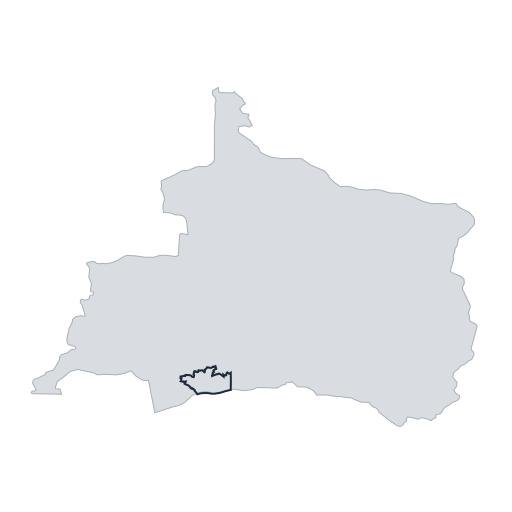 location of Kalemie, Katanga, Democratic Republic of the Congo, rotated 91°
{"feature_id": "63176286B6958016734749", "entity_name": "Kalemie", "entity_type": "district", "adm_level": 2, "iso_a3": "COD", "parent_name": "Democratic Republic of the Congo", "parent_adm1": "Katanga", "projection": "equal_earth", "projection_center": [28.753, -6.07], "detail": "fine", "context": "in_parent", "style": "outline", "palette": "slate", "viewbox_px": 512, "rotation_deg": 91, "n_neighbors": 0, "source": "geoboundaries", "source_scale": "gbopen_adm2", "svg_char_len": 8423}
<svg xmlns="http://www.w3.org/2000/svg" viewBox="0 0 512 512"><g transform="rotate(91 256 256)"><path d="M414.5,354.4L382.0,361.4L382.6,363.8L382.3,366.4L381.5,368.5L378.2,373.9L373.2,378.8L373.2,380.0L375.7,385.6L377.3,393.2L376.9,406.5L377.5,410.1L377.4,412.9L375.8,416.1L372.5,432.1L374.7,439.8L381.1,447.1L384.9,452.4L391.2,454.4L392.2,454.1L392.6,449.6L397.6,447.9L397.6,476.4L397.2,478.0L396.3,478.4L395.1,477.5L394.7,474.7L393.4,473.6L387.2,477.1L385.7,477.0L384.0,476.4L382.7,474.9L382.4,472.8L378.0,464.5L375.9,463.9L373.5,456.4L363.8,450.9L360.1,450.5L358.1,448.8L356.2,442.9L352.9,439.2L352.2,435.0L351.5,434.4L349.6,435.2L347.9,441.9L345.7,443.4L341.7,443.6L331.8,441.7L324.6,438.2L322.8,438.4L319.9,435.4L318.7,430.2L319.3,426.3L318.8,425.7L308.0,429.0L305.4,431.0L302.9,430.5L302.1,429.5L303.2,426.7L302.6,423.8L301.8,422.4L298.6,421.3L297.6,418.2L295.6,417.7L295.0,418.2L294.5,420.3L293.3,421.0L286.8,420.0L280.1,422.8L271.1,422.0L266.8,425.4L266.1,425.3L265.2,423.6L264.3,418.2L264.8,416.7L266.1,415.6L266.5,413.4L266.1,407.8L266.4,406.5L265.9,403.2L264.5,398.1L262.6,393.9L258.5,387.6L257.7,384.6L257.9,377.5L259.2,366.3L259.0,357.9L257.2,352.5L256.8,346.7L257.9,336.2L256.8,333.6L236.2,332.8L235.3,332.0L234.9,330.5L235.8,324.3L223.2,325.9L219.4,327.1L217.1,329.6L216.4,332.8L216.3,337.4L214.5,341.7L214.0,349.1L210.5,349.9L207.0,349.9L200.3,348.4L193.8,350.4L190.6,352.4L188.9,351.5L183.1,352.2L182.3,351.7L175.5,337.1L172.4,332.3L171.8,329.9L172.0,327.7L171.2,324.6L168.0,317.1L167.4,313.7L167.5,308.2L167.1,306.4L164.3,301.7L162.4,300.1L160.4,299.3L126.6,299.9L115.4,299.0L107.3,299.7L103.2,299.3L102.0,298.6L98.3,299.6L96.4,301.5L93.4,302.6L91.6,302.2L88.1,296.8L92.8,295.8L93.2,295.3L93.4,282.3L92.1,280.4L94.6,278.2L98.7,272.5L102.7,270.5L103.2,269.3L104.1,269.4L105.6,271.8L109.1,274.9L113.3,272.1L113.8,271.4L114.3,265.8L115.4,265.3L117.2,266.5L118.3,266.5L120.1,264.9L125.6,262.1L127.2,265.7L125.8,268.9L126.4,271.2L126.6,274.7L127.5,275.5L131.9,275.9L133.1,275.1L141.6,262.3L143.9,260.8L147.4,255.7L152.2,253.4L154.3,249.4L157.0,242.3L158.2,232.0L157.7,214.1L158.1,211.7L163.8,203.7L169.8,189.0L173.8,185.2L176.8,183.7L181.5,178.3L185.2,172.9L184.7,166.5L185.5,161.1L187.6,154.3L188.2,147.1L187.5,139.5L187.8,133.3L190.6,123.4L190.9,112.0L193.4,102.4L198.3,90.3L200.7,81.3L200.3,72.4L200.9,65.9L200.7,62.0L199.8,58.7L200.3,56.5L202.2,55.7L204.5,52.3L208.7,43.6L213.2,39.3L216.4,38.0L219.6,38.1L221.7,38.9L225.2,42.3L229.1,45.1L232.0,48.5L234.9,53.8L241.9,55.0L244.9,56.9L246.8,57.6L247.4,57.1L248.9,57.4L252.2,59.0L254.8,58.1L267.8,61.6L269.2,59.8L272.9,50.7L275.6,47.6L280.0,47.3L283.5,49.0L285.4,49.0L301.3,41.2L303.3,40.8L309.1,42.7L312.9,41.4L314.4,41.8L317.7,40.4L320.3,35.0L322.5,33.6L345.4,39.5L348.9,36.6L350.5,36.3L355.6,38.4L357.2,41.8L360.2,44.7L362.4,49.5L365.8,52.1L367.5,54.7L369.5,56.5L373.7,57.1L379.0,52.8L382.7,53.2L386.4,55.6L387.7,55.5L390.6,52.9L392.0,50.2L393.5,49.7L395.7,50.8L397.5,53.4L399.1,57.0L404.8,65.2L410.4,68.7L411.8,73.7L413.8,73.2L414.8,73.7L416.2,76.9L417.2,77.5L417.4,78.8L416.0,81.8L414.7,87.5L416.4,91.1L415.0,96.2L414.3,101.5L416.1,102.8L418.4,102.7L420.5,105.5L422.2,105.9L423.9,108.8L423.5,111.3L418.1,119.9L409.9,130.4L407.1,131.7L405.7,133.7L404.7,136.7L402.3,139.3L400.4,140.4L400.3,148.0L397.5,155.9L396.4,157.5L395.0,170.4L395.2,172.6L393.7,183.1L394.0,192.9L390.0,196.0L387.2,200.8L386.1,204.1L386.1,212.1L381.6,217.0L381.3,218.1L382.4,223.7L384.0,224.6L384.1,226.5L387.7,232.5L387.5,251.0L387.7,252.9L389.6,257.3L390.9,265.7L389.5,276.3L394.5,295.9L392.2,303.1L393.3,309.9L396.3,317.1L403.2,324.2L405.1,327.1L406.9,331.0L408.5,337.1L414.5,354.4Z" fill="#d9dde1" stroke="#a8b0b8" stroke-width="1"/><path d="M385.8,278.9L380.3,279.0L373.3,279.2L373.4,279.3L373.5,279.4L373.5,279.6L373.8,280.0L374.0,280.3L374.2,280.6L374.1,281.1L373.9,281.3L373.4,281.9L373.1,282.2L372.9,282.4L373.1,283.0L373.4,283.2L373.7,283.4L374.1,283.6L374.5,283.6L375.7,283.7L376.0,284.1L376.0,284.4L376.0,285.0L375.8,285.5L375.5,285.9L375.3,286.2L375.6,286.1L375.8,286.2L376.1,286.2L376.3,286.2L376.6,286.1L376.8,286.3L377.0,286.3L376.9,286.4L376.8,286.7L376.8,287.1L376.7,287.2L376.6,287.3L376.3,287.5L376.1,287.7L375.9,288.0L375.7,288.5L375.3,288.9L375.1,289.1L374.8,289.6L374.7,290.0L374.4,290.4L374.3,290.6L374.2,291.2L374.3,291.6L374.6,291.9L374.8,292.1L374.9,292.3L374.9,292.6L374.9,293.1L374.8,293.3L374.8,293.6L375.0,293.9L375.2,294.1L375.3,294.1L375.4,294.3L375.5,294.8L375.7,295.3L375.8,295.6L375.9,295.8L376.0,296.1L376.1,296.3L376.4,296.9L376.6,297.3L376.8,297.6L376.9,297.8L376.6,297.9L376.4,297.9L376.1,297.9L375.9,297.7L375.6,297.4L375.2,297.4L374.9,297.4L374.7,297.4L374.3,297.3L374.1,297.3L373.9,297.3L373.8,297.2L373.7,297.2L373.5,296.8L373.4,296.8L373.3,296.6L373.2,296.6L372.9,296.6L372.6,296.5L372.5,296.3L372.4,296.3L372.4,296.2L372.2,296.3L371.9,296.6L371.6,296.7L371.1,296.3L370.8,296.0L370.7,295.8L370.6,295.7L370.4,295.6L370.0,295.2L369.9,295.0L369.9,294.8L369.9,294.4L369.7,294.1L369.6,293.8L369.0,293.8L368.7,294.0L368.0,294.3L367.5,294.5L366.8,294.5L366.7,294.7L367.4,295.5L367.7,296.0L367.8,296.2L367.5,296.8L367.3,296.9L367.3,297.0L367.8,297.3L368.0,297.7L368.0,297.8L368.2,298.0L368.3,298.3L368.4,298.5L368.5,298.6L368.6,298.9L368.6,299.0L368.8,299.2L368.6,300.1L368.4,301.4L368.3,301.5L368.1,302.1L368.1,302.5L368.1,302.8L368.4,302.9L368.5,303.1L368.8,303.2L368.9,303.3L369.0,303.3L369.3,303.7L369.3,303.8L369.5,303.9L369.8,304.2L370.0,304.3L370.1,304.5L370.2,304.8L370.4,305.1L370.7,305.3L371.2,305.1L371.4,305.1L371.7,305.1L372.0,305.2L372.2,305.3L372.4,305.3L372.8,305.3L373.1,305.3L373.2,305.5L372.8,306.0L371.6,307.2L371.3,307.6L371.2,307.8L371.2,308.0L371.3,309.0L371.6,309.4L371.6,309.6L371.6,310.0L371.5,310.5L371.3,310.9L371.2,311.2L371.2,311.4L371.3,311.6L371.6,311.5L371.8,311.5L372.0,311.6L372.3,311.7L372.6,311.6L372.8,311.7L373.0,311.9L373.0,312.0L373.2,312.3L373.2,312.8L373.1,313.2L372.8,313.8L372.6,314.1L372.3,314.4L372.2,314.6L372.2,315.2L372.2,315.5L372.3,315.7L372.5,315.8L372.6,315.7L372.9,315.6L373.1,315.6L373.3,315.6L373.4,315.8L373.8,316.0L374.1,316.0L374.6,316.3L374.9,316.4L375.1,316.5L375.7,316.1L376.0,315.9L376.6,315.8L376.9,315.9L378.2,316.1L378.3,316.4L378.1,317.0L377.9,317.5L377.7,317.8L377.6,318.2L377.2,318.4L377.0,318.5L376.7,319.0L376.5,319.3L376.4,319.6L376.4,320.0L376.3,320.8L376.2,321.9L376.2,323.5L376.1,323.9L376.1,324.2L376.4,324.7L376.6,324.7L376.9,324.6L376.9,324.4L377.0,324.4L377.2,324.6L377.2,325.4L377.1,325.7L377.1,326.0L377.1,326.4L377.3,326.7L377.3,326.9L377.4,327.1L377.5,327.6L377.7,328.9L377.8,329.3L378.0,329.3L378.1,329.2L378.3,329.2L378.5,328.9L378.6,328.7L378.8,328.7L379.0,328.6L379.3,328.5L379.4,328.4L379.5,328.5L379.8,328.8L379.9,328.7L380.0,328.7L380.0,328.8L380.1,328.7L380.3,328.7L380.5,328.8L380.9,328.7L381.0,328.6L381.3,328.5L381.6,328.6L382.0,328.6L382.4,328.9L382.6,329.1L382.7,328.9L382.5,328.5L382.5,328.4L382.5,328.1L382.7,327.8L382.6,327.7L382.7,327.4L382.7,326.9L382.7,326.7L382.8,326.6L383.0,326.6L383.1,326.4L383.2,326.2L383.3,325.9L383.1,325.8L382.9,325.5L382.9,325.3L382.7,324.6L382.6,324.3L382.6,324.0L383.0,324.2L383.3,324.2L383.7,324.4L384.1,324.4L384.6,324.6L384.8,324.9L385.0,325.1L385.4,324.4L385.8,323.7L386.1,322.3L386.4,322.0L386.5,321.5L386.7,321.3L387.0,321.0L387.1,320.6L387.3,320.3L387.4,320.2L387.6,320.0L387.7,319.9L387.9,319.9L388.2,319.4L388.3,319.3L388.8,319.3L389.0,319.2L389.2,318.7L389.2,318.4L389.4,318.0L389.4,317.9L389.5,317.9L389.4,317.7L389.5,317.6L389.4,317.5L389.5,317.4L389.7,317.2L389.9,317.0L389.8,316.9L389.9,316.6L390.0,316.6L390.2,316.4L390.3,315.9L390.5,315.8L390.6,315.7L390.8,315.6L390.9,315.4L391.0,315.3L391.1,315.1L391.2,314.9L391.3,314.9L391.3,315.0L391.7,314.9L391.7,315.0L391.9,315.0L392.0,314.9L392.2,314.7L392.3,314.5L392.6,314.3L392.8,314.2L393.1,313.8L393.3,313.6L393.7,313.3L394.0,313.2L394.3,313.0L394.6,312.6L394.9,312.5L395.3,312.3L395.2,312.0L394.7,310.5L394.7,310.1L394.5,309.7L394.4,309.1L394.2,308.5L394.1,307.7L394.0,306.2L393.9,304.9L393.9,301.6L394.0,301.1L394.1,300.2L394.3,299.1L394.4,297.9L394.5,297.2L394.4,296.6L394.3,294.5L394.3,294.2L394.1,293.4L393.9,291.9L393.8,291.5L393.8,291.3L393.7,291.0L393.7,290.8L393.6,290.7L393.5,290.0L393.1,288.6L393.0,288.2L392.6,286.9L392.5,286.7L392.2,285.8L392.0,285.2L391.5,283.6L391.3,282.9L391.0,281.7L390.8,280.9L390.7,280.4L390.6,280.1L390.3,279.1L390.3,278.9L385.9,279.0L385.9,278.9L385.8,278.9Z" fill="none" stroke="#1e293b" stroke-width="2"/></g></svg>